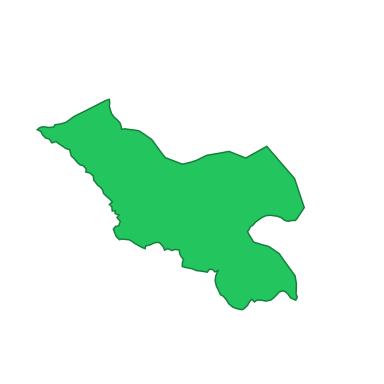 outline of Curvelândia, Mato Grosso, Brazil, rotated 138°
{"feature_id": "56859067B66789181731142", "entity_name": "Curvelândia", "entity_type": "district", "adm_level": 2, "iso_a3": "BRA", "parent_name": "Brazil", "parent_adm1": "Mato Grosso", "projection": "natural_earth1", "projection_center": [-57.857, -15.622], "detail": "fine", "context": "isolated", "style": "filled", "palette": "green", "viewbox_px": 384, "rotation_deg": 138, "n_neighbors": 0, "source": "geoboundaries", "source_scale": "gbopen_adm2", "svg_char_len": 2335}
<svg xmlns="http://www.w3.org/2000/svg" viewBox="0 0 384 384"><g transform="rotate(138 192 192)"><path d="M264.7,330.3L262.6,326.9L263.3,322.3L259.3,320.5L258.7,317.2L258.0,314.4L257.3,311.7L256.6,308.6L254.6,305.3L256.1,302.5L257.6,299.4L257.2,295.1L257.5,290.4L257.0,287.0L255.2,284.4L255.2,279.7L257.5,278.0L255.2,274.4L254.6,270.0L257.1,266.5L257.5,260.3L256.9,256.7L257.1,253.1L258.7,250.1L258.4,245.5L257.9,242.0L257.8,238.0L261.7,238.0L261.4,234.8L264.0,231.3L261.7,229.2L263.6,227.5L261.7,223.7L264.8,223.2L264.9,218.2L269.2,215.9L271.9,217.6L275.3,217.0L277.0,212.7L278.1,209.2L277.8,205.1L275.5,203.9L273.4,201.5L270.8,198.7L269.8,196.0L268.7,191.3L266.5,184.9L264.8,181.3L262.6,182.9L258.0,180.5L254.7,179.7L252.2,178.3L250.0,176.1L250.0,170.4L251.3,167.1L247.9,166.2L246.0,161.9L243.1,160.7L240.3,157.5L242.1,154.9L243.1,152.3L243.6,147.3L246.1,146.2L249.1,143.2L247.1,140.0L245.5,137.8L243.0,134.5L241.4,130.8L237.3,126.1L234.3,122.2L230.6,122.9L228.5,120.4L228.5,117.3L225.3,116.2L230.4,113.8L234.2,110.6L236.9,105.6L238.2,100.8L239.6,96.6L238.5,93.8L238.6,88.8L239.5,84.4L238.7,79.1L236.9,75.6L235.1,72.9L233.4,70.9L231.0,70.4L226.7,70.6L222.5,72.0L219.2,72.2L219.3,68.6L215.9,68.1L212.8,65.1L209.9,61.3L205.7,59.0L202.7,58.7L198.8,58.8L194.5,59.3L191.1,58.2L189.3,55.4L189.0,51.7L189.6,47.3L187.3,42.2L184.1,43.3L182.8,46.7L178.5,51.1L176.0,53.7L171.5,60.7L169.3,81.2L168.4,87.8L171.4,100.1L175.3,106.1L179.7,113.6L178.2,121.6L177.3,125.4L174.5,126.0L172.1,127.1L168.7,126.6L165.1,127.1L160.4,126.7L156.5,126.1L152.6,124.8L149.1,122.0L144.7,116.8L142.8,113.0L142.1,108.9L140.1,105.9L136.9,104.0L134.3,101.8L131.9,101.9L119.0,105.3L115.1,114.4L106.8,133.3L106.7,137.1L106.6,143.3L105.9,175.9L113.4,177.6L119.0,178.9L122.4,179.7L129.3,181.2L134.7,192.1L137.4,197.5L145.5,202.4L156.5,209.4L164.6,211.7L167.9,212.7L173.5,215.2L180.6,219.2L188.8,235.3L188.5,241.1L186.8,258.0L188.7,266.2L190.5,273.0L193.7,277.0L195.9,279.4L199.5,283.7L202.3,285.8L200.7,288.4L199.3,291.3L199.2,294.9L199.8,299.4L199.3,304.2L197.9,307.3L196.2,310.8L193.1,313.8L191.4,316.1L195.1,317.8L218.2,324.0L225.3,326.0L229.4,327.1L239.1,328.1L244.3,330.6L248.8,333.7L251.1,332.8L253.6,334.5L255.7,336.2L257.9,338.9L260.0,340.9L262.6,341.8L265.3,341.8L263.8,338.3L264.8,334.4L264.7,330.3Z" fill="#22c55e" stroke="#15803d" stroke-width="1.5"/></g></svg>